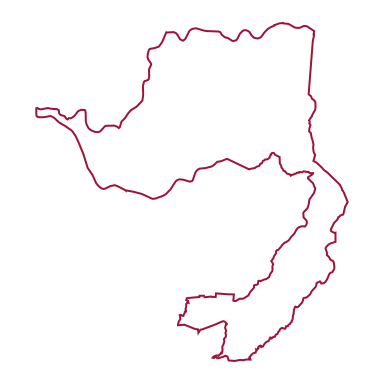 Barranco De Loba, Bolívar, Colombia (Natural Earth projection)
{"feature_id": "7082276B19488322706290", "entity_name": "Barranco De Loba", "entity_type": "district", "adm_level": 2, "iso_a3": "COL", "parent_name": "Colombia", "parent_adm1": "Bolívar", "projection": "natural_earth1", "projection_center": [-74.141, 8.804], "detail": "fine", "context": "isolated", "style": "outline", "palette": "rose", "viewbox_px": 384, "rotation_deg": 0, "n_neighbors": 0, "source": "geoboundaries", "source_scale": "gbopen_adm2", "svg_char_len": 5999}
<svg xmlns="http://www.w3.org/2000/svg" viewBox="0 0 384 384"><path d="M212.7,357.7L214.0,358.0L215.4,356.3L215.8,357.1L217.2,358.2L218.1,358.3L223.4,356.7L225.5,355.7L227.5,356.6L228.6,360.4L234.7,361.0L239.5,360.0L243.8,360.1L246.1,359.5L250.5,359.6L250.1,358.4L249.0,358.5L249.6,357.0L252.6,353.6L255.7,352.5L255.7,351.7L256.5,350.6L256.1,349.4L257.1,349.7L257.7,348.8L258.2,348.7L258.4,348.4L258.2,347.2L259.3,346.1L260.6,345.6L261.0,345.9L260.7,346.7L261.0,347.0L261.4,346.4L262.9,346.6L264.5,343.8L266.5,341.8L268.5,341.1L270.3,337.5L270.7,337.6L270.9,338.5L271.5,338.6L273.3,336.9L274.8,336.8L275.7,334.7L277.4,334.0L278.3,331.8L279.5,330.8L279.7,329.7L280.4,328.9L281.9,327.9L285.0,328.8L285.8,327.7L286.0,326.3L287.9,326.2L288.5,324.8L290.0,324.0L290.4,322.9L291.5,322.2L291.7,321.0L292.4,319.9L292.8,318.1L292.9,315.8L293.8,313.6L293.6,312.5L294.1,309.4L295.0,306.9L295.6,306.6L296.9,307.3L298.0,307.0L301.9,302.8L302.9,300.7L303.4,298.2L306.9,297.3L309.9,294.6L311.9,290.9L315.4,287.2L316.2,285.5L316.6,283.1L319.9,281.4L320.3,281.5L321.3,283.5L323.7,283.2L325.1,282.3L327.2,279.2L329.2,274.2L330.3,272.9L332.4,272.1L334.2,269.0L334.4,267.7L334.0,263.6L333.6,262.0L332.7,260.7L330.6,259.9L328.6,256.5L326.9,255.2L326.9,252.4L325.5,248.3L326.3,246.9L328.5,244.6L330.6,243.4L335.5,241.8L335.5,232.7L334.6,233.0L331.3,231.3L330.8,230.4L331.2,228.7L334.0,223.1L337.5,219.4L338.2,217.3L339.8,216.3L340.5,215.4L343.2,214.5L345.1,206.8L347.7,202.0L343.9,192.7L343.0,190.9L342.1,190.0L341.9,188.6L339.9,184.7L326.8,172.0L324.3,170.4L321.9,167.6L316.5,162.6L313.4,161.0L315.2,154.8L314.2,153.3L313.5,151.1L313.1,147.6L313.5,144.5L312.4,139.8L311.7,137.9L310.8,133.0L309.1,131.4L309.4,128.5L310.5,124.9L309.3,123.4L309.8,121.5L309.0,120.4L311.9,116.2L312.3,114.8L315.2,109.7L315.5,107.1L315.4,102.3L314.3,100.4L311.8,98.6L311.2,96.4L308.7,94.4L308.7,93.7L312.8,41.0L313.8,36.6L314.0,34.6L313.6,34.5L314.2,31.1L306.8,26.2L303.7,26.0L299.9,27.8L297.2,27.9L294.8,27.5L288.5,23.9L283.2,23.4L283.1,23.0L279.6,23.3L274.2,25.2L274.3,25.6L270.4,27.3L267.3,29.4L264.6,32.3L260.7,37.4L257.7,38.5L253.8,37.7L251.5,35.3L249.4,31.9L247.5,30.7L245.6,30.2L244.0,30.3L242.6,30.9L240.0,33.6L237.1,39.3L236.0,40.4L233.1,41.0L231.8,40.6L227.4,37.7L225.6,37.7L221.8,34.8L220.2,32.1L218.3,31.5L207.1,31.1L204.0,30.6L196.2,28.3L192.9,28.7L191.1,29.5L189.5,30.8L185.2,39.1L183.2,40.6L182.3,40.5L180.1,39.2L177.4,35.0L177.5,34.6L175.7,33.0L173.6,32.1L166.9,32.5L166.3,32.3L162.3,41.8L159.0,46.5L154.6,48.1L150.7,48.7L149.4,49.3L148.8,50.1L147.8,54.1L147.5,57.2L148.3,59.7L150.7,62.9L151.2,64.7L149.8,67.5L149.0,69.7L149.2,76.4L148.7,79.3L147.5,80.2L144.7,81.1L144.0,81.8L143.7,82.7L142.9,86.5L143.2,94.7L142.4,100.5L136.6,106.7L130.9,110.2L128.0,113.5L125.0,118.1L121.5,121.6L119.8,127.2L118.8,128.1L117.5,126.9L114.4,125.6L106.4,125.8L105.1,126.1L100.4,131.2L98.2,132.2L95.1,131.9L91.5,130.5L89.2,128.9L88.1,127.5L86.5,124.2L85.8,121.2L85.7,113.4L85.3,110.8L84.8,110.0L81.4,109.8L78.9,110.7L77.5,111.9L74.9,115.4L73.0,117.1L70.8,118.3L68.8,118.2L67.6,119.5L66.3,118.7L64.5,116.1L60.4,114.9L59.2,113.3L58.7,110.1L56.4,109.0L53.9,109.0L49.3,108.5L48.1,108.0L40.9,109.4L38.7,108.9L37.4,107.9L36.3,108.2L36.3,113.8L36.6,116.1L37.8,116.9L39.4,117.3L43.8,117.2L50.7,116.0L54.1,117.8L59.0,122.4L65.3,126.1L71.2,130.2L72.6,131.6L75.6,136.0L78.4,142.0L83.4,154.1L87.6,167.8L92.5,175.0L96.3,183.4L99.1,186.6L101.7,188.5L103.2,188.9L105.0,188.7L110.6,186.0L114.9,185.2L118.0,186.4L125.4,190.2L126.0,190.8L126.1,190.4L133.7,191.8L141.6,193.9L152.4,198.8L154.9,198.7L162.6,196.0L165.8,194.2L170.7,189.1L175.1,182.2L176.2,180.9L177.4,180.0L179.1,179.4L180.5,179.4L183.7,179.8L188.8,181.4L190.2,181.6L192.1,181.0L192.9,179.9L195.3,172.8L196.3,171.0L198.3,169.3L199.8,168.6L205.1,168.1L211.0,166.7L213.6,165.3L216.7,162.3L217.8,161.7L221.3,161.2L227.0,158.8L249.2,169.4L250.1,168.9L254.9,168.0L256.6,166.7L259.2,166.0L260.4,163.7L261.8,163.4L263.0,160.8L264.2,160.4L265.0,159.6L267.5,159.2L269.6,157.7L270.0,156.1L270.7,155.4L270.7,154.4L271.4,154.1L271.6,153.3L272.3,152.9L273.8,153.0L275.3,154.9L279.6,157.0L279.8,163.4L281.4,166.2L281.4,167.5L282.6,168.8L283.5,170.7L284.9,171.2L287.1,173.7L290.0,174.4L290.8,175.7L292.2,174.7L293.6,174.6L294.5,173.8L295.9,173.7L296.9,172.7L298.8,172.8L299.0,172.2L299.6,171.9L302.0,172.4L303.3,171.4L305.5,171.5L306.1,172.0L308.6,171.8L309.4,173.0L309.9,173.1L313.0,173.1L312.7,174.2L308.0,177.3L308.0,178.5L313.1,183.3L314.5,187.2L315.3,187.9L315.0,189.8L313.7,193.5L309.4,199.5L308.6,204.9L307.3,208.5L303.7,212.1L303.3,213.4L303.6,217.5L306.2,220.1L306.8,221.4L306.8,223.3L306.3,224.8L305.0,226.5L301.8,226.2L298.2,227.5L296.4,229.8L294.4,233.4L291.3,236.8L288.7,240.4L286.1,242.2L285.0,242.5L282.4,244.7L281.3,246.4L278.3,249.8L276.6,250.4L276.1,251.4L276.0,253.3L273.9,256.3L273.4,258.3L271.3,261.0L273.2,264.2L272.3,266.6L272.6,268.7L272.2,271.3L270.4,273.5L269.1,277.1L265.8,279.3L264.3,279.4L260.8,281.1L259.0,280.7L258.4,280.9L257.9,283.9L257.0,284.7L254.3,285.2L253.9,286.0L254.1,287.3L253.7,288.0L250.3,291.9L248.4,295.4L243.8,298.4L242.2,298.8L239.6,298.7L235.6,301.1L233.3,300.6L233.9,294.4L227.8,294.3L216.4,293.4L216.0,293.4L215.7,297.0L211.4,296.8L211.2,296.5L204.6,297.3L203.9,295.7L199.5,295.8L199.4,297.0L187.1,298.1L186.5,299.1L186.3,300.3L188.0,300.9L188.5,302.8L187.4,302.5L186.2,304.0L186.2,306.6L185.5,309.3L186.1,310.9L185.9,311.6L185.1,311.5L184.7,312.1L184.8,312.8L183.5,315.2L183.4,315.9L181.7,315.6L181.0,314.8L179.7,315.1L180.4,319.1L178.9,321.3L178.0,324.3L178.0,325.3L184.4,324.7L195.1,329.0L198.0,329.4L198.4,332.8L200.4,329.7L202.2,329.4L213.8,325.1L222.4,321.4L223.5,321.2L224.7,321.6L226.8,323.7L226.8,324.3L225.9,324.5L225.1,327.7L226.1,330.9L225.4,333.1L225.9,334.4L225.9,336.1L225.5,337.4L224.6,338.0L223.9,339.6L224.4,341.4L223.3,344.8L222.4,346.3L222.3,348.0L222.6,348.7L222.3,351.9L221.4,352.4L221.7,353.3L220.8,353.4L220.4,354.2L219.4,354.6L218.5,355.9L216.9,355.4L215.6,355.8L213.6,356.6L212.7,357.7Z" fill="none" stroke="#9f1239" stroke-width="2"/></svg>